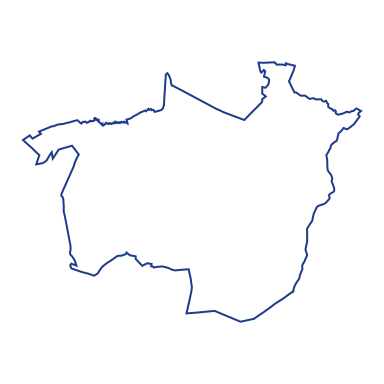 outline of Šķilbēnu pag., Vilakas, Latvia
{"feature_id": "27541924B83707221611867", "entity_name": "Šķilbēnu pag.", "entity_type": "district", "adm_level": 2, "iso_a3": "LVA", "parent_name": "Latvia", "parent_adm1": "Vilakas", "projection": "albers", "projection_center": [27.683, 57.053], "detail": "fine", "context": "isolated", "style": "outline", "palette": "blue", "viewbox_px": 384, "rotation_deg": 0, "n_neighbors": 0, "source": "geoboundaries", "source_scale": "gbopen_adm2", "svg_char_len": 5922}
<svg xmlns="http://www.w3.org/2000/svg" viewBox="0 0 384 384"><path d="M186.5,313.4L197.7,312.5L214.6,310.9L240.5,321.7L254.0,318.8L258.8,315.4L263.9,312.0L266.3,310.2L268.3,308.9L275.4,303.5L283.4,298.4L292.7,291.6L293.2,291.7L293.7,288.5L294.0,287.6L296.0,283.4L296.9,281.9L298.5,279.8L299.1,278.7L299.3,278.1L299.7,276.1L300.2,274.5L301.4,271.4L302.1,269.9L302.4,268.7L302.2,266.2L302.5,264.8L303.2,263.6L303.3,263.3L303.6,262.9L303.6,262.6L304.2,262.1L304.4,261.4L304.9,260.4L305.1,259.6L306.0,258.0L306.8,255.9L307.1,255.2L307.1,254.7L305.9,251.0L305.6,250.1L305.5,249.6L305.6,248.6L305.7,248.0L307.1,241.8L307.2,241.1L307.1,229.8L307.1,229.0L307.4,228.1L309.7,224.5L311.9,221.4L312.1,221.1L313.7,213.8L316.7,207.3L317.1,206.8L317.8,206.2L319.0,205.6L324.2,203.9L325.7,202.9L328.4,200.0L328.9,199.5L329.5,198.3L329.7,197.9L329.7,197.3L328.9,195.6L329.0,195.1L329.3,194.6L329.9,194.0L330.8,193.4L333.3,192.0L333.9,191.4L334.2,190.6L334.3,189.4L334.2,188.9L334.1,187.8L331.8,181.7L331.7,181.1L332.2,178.7L332.1,178.1L331.5,175.8L330.8,174.5L328.2,171.1L327.7,170.1L327.4,167.2L327.2,160.9L327.2,159.9L326.4,155.4L326.4,155.0L328.0,152.5L329.3,149.9L329.7,149.4L330.4,148.1L330.6,147.2L330.9,145.7L331.3,145.0L331.7,144.5L333.0,143.3L334.1,142.5L335.1,141.7L336.5,141.0L337.5,138.2L337.7,136.7L338.4,134.6L338.4,133.7L338.5,133.3L339.2,132.6L340.5,131.8L341.4,130.6L342.0,130.3L342.3,129.8L342.6,129.1L343.5,128.0L344.1,128.1L345.5,128.8L346.9,129.3L348.1,128.7L350.6,126.9L352.7,125.2L353.6,124.5L354.0,124.1L355.6,121.9L356.4,121.0L357.8,118.8L359.3,117.2L359.5,116.8L359.6,116.1L359.5,115.9L359.3,115.7L358.7,115.4L358.3,114.9L358.2,114.2L358.3,113.8L358.6,113.2L359.0,112.7L361.0,111.0L356.8,108.6L356.5,108.5L354.6,109.7L353.6,110.9L351.8,111.2L351.3,111.2L349.9,112.3L348.8,112.3L347.1,111.7L346.9,111.7L344.7,112.7L343.4,113.4L339.3,114.4L338.3,114.7L338.0,114.7L335.7,113.3L335.6,112.8L335.9,111.4L335.1,110.3L334.8,110.3L333.5,110.8L332.4,109.3L330.8,108.6L328.5,107.2L328.2,106.7L328.3,104.0L327.2,103.1L326.8,102.4L326.2,100.9L325.6,100.9L324.3,101.5L323.9,101.5L322.7,101.2L321.2,99.3L315.7,99.4L313.8,98.3L312.4,98.4L309.7,98.9L308.3,98.0L305.1,95.6L303.6,95.6L301.3,95.8L300.3,95.3L296.0,92.4L295.7,92.3L294.5,92.5L294.4,92.4L289.0,81.4L293.6,70.5L294.9,65.9L294.9,65.7L288.4,64.2L285.8,63.3L285.7,65.3L284.1,64.8L282.3,64.6L279.7,64.5L276.7,64.7L275.8,63.3L275.1,63.2L274.5,62.3L263.2,62.8L258.5,62.6L258.6,63.2L259.8,68.8L260.6,71.8L261.4,72.6L263.8,70.0L265.2,71.3L264.2,75.7L263.9,76.5L264.0,76.7L267.2,77.7L267.7,78.0L269.2,79.7L269.2,79.8L268.5,84.1L268.0,85.1L265.3,87.8L262.3,87.0L262.2,93.5L265.8,96.4L262.2,99.2L262.2,101.0L262.1,102.0L258.6,105.5L258.0,106.2L254.5,109.6L244.3,120.0L225.3,112.9L222.5,111.7L217.8,109.4L217.5,109.5L181.4,90.2L172.3,85.5L171.9,85.6L171.0,83.2L170.7,79.9L170.4,78.9L168.9,75.4L168.3,74.3L167.3,73.2L165.8,74.7L165.4,81.3L164.9,88.6L164.8,91.3L164.4,95.9L164.0,104.7L163.9,104.7L162.9,108.6L161.9,109.1L161.8,109.7L160.9,110.2L154.7,111.9L153.3,109.8L151.7,110.2L150.9,108.9L149.3,109.9L148.5,108.8L146.0,111.3L145.2,110.5L140.1,112.6L137.3,114.4L134.3,115.9L131.3,117.9L129.5,118.8L126.5,119.6L127.4,122.5L127.5,123.4L126.8,122.9L125.9,122.6L125.6,122.3L125.0,122.4L124.4,122.7L124.2,122.6L124.1,122.4L124.1,122.1L124.2,121.9L124.1,121.7L123.8,121.7L123.5,122.1L122.5,122.1L122.3,122.4L122.1,122.5L121.7,122.4L121.6,122.0L121.5,121.9L120.8,122.0L120.5,122.2L120.5,122.4L120.6,122.7L120.5,122.8L120.2,122.9L119.4,122.6L119.2,122.7L119.3,122.9L119.2,123.0L118.8,122.6L118.9,122.3L118.8,122.2L118.2,122.1L118.0,122.3L118.1,122.6L118.0,122.8L117.1,122.9L116.6,123.1L116.4,122.7L116.1,122.5L115.7,121.7L115.1,121.6L114.9,121.6L114.8,121.8L114.8,122.1L115.2,122.3L114.8,122.7L114.6,123.2L114.0,122.8L113.6,122.7L113.4,122.8L113.3,123.0L113.0,122.9L112.5,123.1L112.4,123.2L112.7,123.5L111.5,124.0L111.3,124.0L111.3,123.6L111.2,123.5L110.6,123.3L109.8,123.5L109.6,123.1L109.3,123.1L109.1,123.1L108.8,123.4L108.6,124.0L108.4,124.1L107.9,124.0L107.4,123.7L106.6,122.9L106.4,122.8L106.0,123.0L105.2,123.7L104.9,124.6L104.2,124.8L103.0,125.3L102.9,125.1L102.7,124.8L102.4,124.9L102.4,125.0L102.3,124.9L102.4,123.5L102.0,123.6L101.3,124.2L100.9,123.5L100.6,123.3L100.3,123.1L100.1,122.7L98.7,121.9L98.3,121.6L98.7,120.9L98.8,120.5L98.6,119.6L98.3,119.6L96.6,120.0L96.3,119.5L96.4,118.9L96.1,118.5L95.5,118.1L95.3,118.4L95.2,118.8L94.8,118.5L94.4,118.3L94.2,118.7L94.2,119.0L94.3,119.4L94.6,119.7L94.8,120.0L94.5,120.4L93.8,120.9L92.6,121.1L91.7,121.0L91.3,121.2L91.1,121.1L90.8,120.8L90.4,120.7L90.1,120.9L89.8,121.6L89.2,121.5L88.8,121.7L88.2,122.2L86.8,122.8L86.5,122.7L85.6,121.6L84.9,121.6L84.7,121.8L84.3,122.0L82.9,121.8L82.6,122.0L81.3,123.6L79.9,122.5L77.5,120.2L74.5,120.9L68.4,122.6L66.8,122.9L63.5,123.9L58.4,124.4L53.7,126.1L51.5,126.5L39.0,131.6L40.1,133.1L40.9,133.9L32.5,138.6L29.8,135.4L23.0,140.0L27.7,144.3L32.1,148.2L33.2,149.4L39.4,155.2L38.0,159.0L36.3,164.3L42.5,163.2L45.7,161.3L45.7,161.2L46.6,160.5L48.8,156.6L50.4,154.1L51.7,152.2L52.8,158.6L58.7,149.6L72.0,145.7L78.8,154.5L76.9,157.8L74.3,164.0L73.8,166.2L61.5,193.8L61.4,195.0L61.3,195.9L62.5,196.9L63.3,199.1L63.8,207.7L63.6,210.7L64.8,215.9L67.0,227.4L70.5,245.8L70.6,249.1L70.2,251.5L70.0,252.0L70.2,254.4L71.6,255.8L73.9,259.0L74.9,261.1L76.4,265.6L71.3,263.7L70.2,265.4L71.3,268.3L74.5,269.5L82.1,272.1L88.7,273.8L94.0,275.7L97.2,273.9L98.6,272.1L99.5,270.6L102.0,267.0L104.4,265.0L107.6,262.6L111.0,260.5L116.9,256.3L119.1,255.7L120.5,255.8L123.1,255.2L123.6,254.8L124.6,254.7L125.9,254.0L126.1,253.2L126.5,252.5L129.9,255.3L135.6,256.3L135.8,259.1L142.3,265.8L147.0,263.4L147.7,263.3L151.6,264.0L151.2,266.3L152.3,266.3L152.9,266.6L153.4,267.1L153.6,267.5L157.1,266.9L162.1,266.4L168.3,267.9L170.8,269.1L171.2,269.4L174.9,270.4L185.1,269.5L188.7,269.3L189.5,273.2L190.7,278.6L191.9,287.4L191.3,291.7L189.1,302.0L188.8,303.1L186.5,313.4Z" fill="none" stroke="#1e3a8a" stroke-width="2"/></svg>